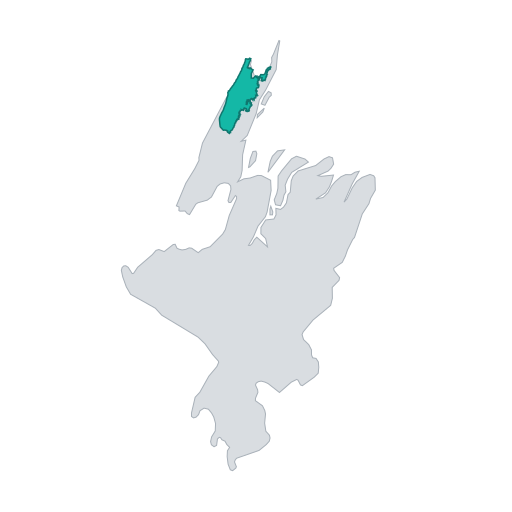 location of Bandarban, Chittagong, Bangladesh, rotated 213°
{"feature_id": "16705992B23463827258150", "entity_name": "Bandarban", "entity_type": "district", "adm_level": 2, "iso_a3": "BGD", "parent_name": "Bangladesh", "parent_adm1": "Chittagong", "projection": "equal_earth", "projection_center": [92.198, 21.77], "detail": "fine", "context": "in_parent", "style": "filled", "palette": "teal", "viewbox_px": 512, "rotation_deg": 213, "n_neighbors": 0, "source": "geoboundaries", "source_scale": "gbopen_adm2", "svg_char_len": 9567}
<svg xmlns="http://www.w3.org/2000/svg" viewBox="0 0 512 512"><g transform="rotate(213 256 256)"><path d="M189.8,361.4L189.8,349.2L183.5,325.2L183.9,322.5L182.6,311.0L181.0,304.6L180.2,297.7L184.2,288.0L182.7,286.4L174.1,283.4L173.1,280.8L175.0,271.2L168.9,262.1L166.5,255.3L173.3,233.4L175.1,218.1L174.6,215.2L170.6,211.8L163.5,210.4L158.4,207.5L155.5,203.2L153.0,201.5L149.9,202.8L146.0,201.1L142.7,196.8L140.0,191.6L141.2,186.0L146.5,172.5L148.5,172.1L153.0,174.7L154.6,174.7L157.7,169.4L162.0,154.3L176.4,155.6L179.9,155.1L183.5,153.9L185.5,152.0L186.6,149.6L186.2,147.5L181.8,144.7L180.1,142.6L179.0,136.5L177.7,134.3L169.0,133.9L164.5,131.2L162.0,128.7L157.7,120.5L152.3,114.4L147.1,113.0L145.1,111.0L144.0,107.9L144.7,103.4L147.5,94.7L162.0,76.0L162.4,74.0L161.9,71.6L157.7,68.6L157.4,67.1L158.7,63.2L161.1,62.7L166.0,66.2L170.9,72.0L173.9,77.1L173.9,81.2L177.8,82.0L181.1,83.8L184.5,83.3L186.7,84.3L188.1,83.9L188.7,81.6L185.9,75.7L187.3,73.2L190.6,73.4L193.0,75.6L194.7,80.1L194.9,87.1L198.7,93.5L203.8,98.0L207.7,100.1L212.5,101.6L216.7,100.1L218.7,95.7L217.8,91.7L218.5,88.2L220.2,86.2L222.7,86.3L224.6,89.2L230.1,104.4L228.9,111.1L230.1,129.6L228.6,141.9L229.4,146.6L230.4,147.4L238.8,149.7L251.0,154.6L260.4,156.4L302.8,155.0L312.0,157.4L340.3,155.6L348.0,159.5L356.4,165.9L361.1,170.6L362.0,173.3L361.5,175.6L359.9,176.9L357.0,176.9L350.3,173.8L349.2,174.8L349.1,182.1L343.7,200.6L342.9,206.3L341.0,208.5L335.4,209.7L331.7,220.5L330.2,221.8L326.5,219.5L324.2,219.8L321.3,220.8L318.5,223.3L316.5,226.4L314.2,227.5L306.3,227.3L304.7,232.3L299.5,238.8L295.9,256.2L296.1,261.5L300.5,275.4L303.5,293.5L304.7,295.3L306.2,295.5L306.3,287.2L307.8,286.1L309.6,287.1L313.3,298.2L315.5,301.0L318.8,301.8L322.5,300.1L325.3,296.9L326.5,293.3L325.5,281.2L327.3,276.3L333.8,268.9L334.7,266.6L334.3,254.5L336.7,254.1L340.0,255.1L344.2,252.2L345.4,252.1L347.2,255.2L350.1,254.7L354.5,278.8L354.9,295.8L355.9,305.2L357.5,307.4L362.4,321.6L367.0,371.7L367.6,403.6L369.5,414.5L367.9,416.9L366.3,417.3L364.9,413.5L354.4,405.4L351.8,406.3L348.2,411.0L346.8,415.3L347.4,421.5L348.5,427.5L351.0,431.0L351.3,434.8L354.1,449.2L353.2,449.3L347.5,436.2L340.6,423.3L338.3,400.3L338.2,388.9L333.4,375.5L329.0,352.3L330.9,344.1L327.6,347.7L322.4,333.7L314.2,320.1L311.9,314.1L311.8,308.2L308.2,314.1L303.4,318.2L298.5,324.5L295.3,326.4L285.0,327.5L279.0,319.2L270.6,298.8L269.5,294.1L270.6,282.2L268.6,270.8L268.1,260.8L266.6,261.7L266.0,264.5L266.3,268.7L265.6,272.2L251.3,269.9L257.4,275.9L264.0,277.3L267.4,282.6L267.5,291.5L261.1,296.8L261.6,301.4L265.3,306.8L260.8,308.4L259.5,312.0L259.4,317.1L262.6,325.0L262.0,328.1L267.4,338.3L268.4,343.3L267.0,350.3L255.2,364.4L251.8,374.4L248.9,379.1L245.3,380.0L240.9,375.3L240.9,370.4L241.8,366.5L247.9,357.1L244.6,358.4L235.1,366.1L233.3,359.9L232.1,354.0L232.1,346.9L236.8,336.3L231.6,341.6L230.1,348.2L230.7,356.0L230.0,361.6L227.9,368.8L225.1,373.1L220.6,375.9L218.6,380.2L215.6,383.3L214.6,368.8L211.5,349.1L210.8,353.3L212.4,365.5L212.2,373.4L209.8,379.7L204.8,386.5L201.0,387.4L198.8,386.4L191.8,376.2L191.3,366.7L189.8,361.4ZM276.4,361.7L267.7,364.0L263.2,363.3L271.6,345.6L271.4,337.7L270.1,331.3L265.9,326.1L265.7,322.4L263.8,317.4L262.8,311.5L267.5,309.6L271.3,313.0L272.6,319.7L274.5,324.7L281.0,335.1L280.9,341.4L279.1,356.9L276.4,361.7ZM295.2,355.9L289.8,360.6L291.6,332.7L295.6,343.1L296.6,348.6L295.2,355.9ZM315.5,342.0L313.2,343.9L311.0,342.2L308.3,335.7L309.7,327.4L310.5,326.2L313.9,334.7L315.5,342.0ZM335.2,400.8L332.2,401.1L330.7,399.1L331.4,396.4L330.6,387.3L334.4,386.4L335.8,394.0L335.2,400.8ZM331.9,375.5L329.6,384.5L328.7,380.5L330.3,372.6L331.9,375.5ZM269.8,302.9L270.7,305.8L265.9,302.1L264.6,299.5L266.7,298.1L269.8,302.9Z" fill="#d9dde1" stroke="#a8b0b8" stroke-width="1"/><path d="M368.6,377.6L367.7,376.6L367.2,375.6L366.7,374.2L366.4,372.6L364.8,368.4L364.1,366.0L363.6,363.1L363.1,361.5L362.8,360.0L362.7,357.4L362.0,352.9L361.7,351.7L360.9,350.4L357.8,346.5L356.5,345.0L355.9,344.7L351.9,343.7L351.0,344.5L349.0,345.4L348.2,345.4L347.6,345.3L347.5,345.0L347.7,344.6L347.2,344.4L345.1,344.3L345.1,345.2L345.0,345.3L345.4,345.3L345.4,345.2L345.5,345.9L345.4,346.1L345.4,346.5L345.3,346.4L345.2,347.7L344.7,348.4L344.8,348.8L344.7,349.7L345.0,350.3L344.9,350.7L344.9,351.5L344.7,351.9L345.0,352.6L345.3,352.8L345.1,353.0L345.1,353.8L345.3,354.1L345.4,354.6L345.6,354.7L346.0,355.4L345.9,355.7L346.0,355.9L345.6,356.6L345.9,356.9L345.9,357.7L346.2,357.8L346.3,358.2L345.8,359.0L345.9,359.4L346.2,359.4L346.1,359.7L346.3,359.7L346.5,360.1L346.3,360.6L345.7,360.9L345.6,361.3L345.3,361.4L345.2,361.1L344.9,361.5L345.0,361.7L346.0,362.0L345.9,362.3L345.6,362.6L345.6,363.0L346.0,362.9L346.0,363.2L346.6,363.4L346.5,363.8L346.2,364.1L346.2,364.4L345.9,364.7L346.1,364.8L346.4,365.1L346.3,365.4L346.5,365.3L346.7,366.0L346.9,365.7L346.9,365.9L347.4,366.0L347.6,366.4L347.9,366.4L347.9,367.1L348.4,367.1L348.6,367.3L348.5,367.6L347.9,367.7L347.9,368.4L348.3,368.7L348.3,369.1L348.5,369.4L347.5,370.3L347.4,370.8L347.6,370.9L347.1,371.0L347.0,371.3L346.8,371.5L346.6,371.4L346.5,371.6L346.5,371.3L346.1,371.2L345.8,371.3L345.8,371.5L345.9,372.2L346.1,372.2L346.1,372.7L346.4,373.3L346.5,373.3L346.5,373.7L346.2,373.9L346.0,373.6L345.3,373.9L345.1,373.8L345.0,374.0L344.6,374.0L344.3,374.3L343.8,373.9L343.7,373.5L343.4,373.4L343.4,372.9L343.6,372.7L343.8,372.3L343.7,372.1L343.2,372.3L343.1,372.7L342.7,372.9L342.6,372.7L342.5,372.9L342.2,372.7L341.8,373.0L341.6,372.8L340.8,373.8L340.8,374.2L341.3,374.3L341.4,374.7L341.6,374.8L341.6,375.1L341.8,375.2L341.8,376.0L342.0,376.9L341.9,377.2L342.0,377.5L342.3,378.4L342.1,378.9L341.8,379.0L341.7,379.4L341.8,379.5L341.6,380.0L341.8,380.5L342.3,380.5L342.6,380.7L342.9,380.6L342.9,381.1L343.2,381.7L343.3,381.5L344.0,381.5L344.0,381.4L344.2,381.2L344.3,381.1L344.8,382.0L344.9,382.5L345.2,382.7L345.7,382.5L346.1,382.9L346.1,382.5L346.5,382.2L346.5,381.8L346.8,381.7L346.9,381.9L346.9,382.6L347.3,382.7L347.3,382.4L347.1,381.5L347.1,381.1L346.8,380.8L346.8,380.5L346.7,380.2L346.8,379.7L346.6,379.2L346.3,379.1L346.2,378.4L346.3,378.4L346.2,378.1L346.8,377.9L347.0,378.5L346.9,378.9L347.0,379.2L347.1,379.9L347.3,379.8L347.4,379.5L347.6,379.4L347.8,379.9L348.0,380.0L348.0,380.8L348.2,381.6L348.4,382.1L348.0,382.3L347.8,382.2L347.7,382.1L347.4,382.9L347.2,382.9L346.8,382.6L346.8,381.9L346.6,381.9L346.6,382.3L346.2,382.6L346.1,383.0L345.8,383.2L345.8,383.7L345.6,384.6L345.6,384.8L345.7,385.1L345.8,385.0L345.9,385.3L345.7,385.6L345.1,385.5L344.8,385.7L344.7,385.4L343.6,385.1L343.9,385.7L343.4,385.6L343.3,385.8L343.5,386.1L343.7,386.7L343.6,386.8L343.1,386.6L343.5,387.1L343.5,387.5L343.2,387.4L343.0,387.6L342.9,387.8L343.0,388.1L342.9,388.3L342.7,388.2L342.4,388.6L342.7,389.0L342.8,388.9L342.9,389.5L343.1,389.7L343.1,389.9L343.4,390.2L343.2,390.2L343.2,390.5L342.9,390.7L343.4,390.8L343.5,391.2L342.7,391.7L343.1,391.8L343.4,392.3L344.0,392.5L344.2,392.9L344.8,393.4L345.0,394.1L344.9,394.6L345.1,394.6L345.2,394.9L345.8,394.6L345.9,394.2L346.2,394.3L346.5,394.6L346.4,395.2L346.2,395.4L346.4,395.5L346.6,395.9L346.7,396.5L347.0,396.8L346.7,397.7L346.1,398.1L345.9,398.5L345.7,398.6L345.8,399.1L346.1,399.9L346.3,400.1L346.3,400.4L346.6,400.9L346.9,400.6L346.9,400.9L347.1,401.3L347.1,400.7L347.4,400.6L347.5,400.4L347.9,400.4L347.9,401.2L348.2,401.0L348.7,401.1L348.6,401.5L349.0,401.7L348.9,402.5L349.0,402.5L349.2,402.8L349.3,402.6L349.4,402.8L349.7,403.0L349.8,403.2L349.7,403.5L349.8,404.0L349.7,404.3L349.9,404.6L349.6,404.5L349.6,404.9L349.3,405.0L349.5,405.4L349.5,406.1L349.9,406.4L349.7,407.2L350.2,407.6L350.1,408.0L349.6,408.3L348.8,408.1L348.5,408.5L347.9,408.8L347.7,408.3L347.7,407.9L347.6,407.7L347.2,406.3L346.9,406.5L346.7,406.0L346.2,406.1L345.6,406.4L345.6,406.9L345.5,407.0L345.6,407.3L345.1,407.7L345.0,408.1L344.8,408.2L344.6,407.9L344.1,408.1L344.2,408.3L344.3,409.4L344.8,410.4L344.9,411.6L345.0,411.5L345.3,411.9L345.4,413.1L345.4,413.4L345.5,413.3L345.6,413.5L345.7,414.0L345.8,414.1L346.2,414.9L346.3,415.0L346.4,415.6L346.7,415.9L346.6,416.1L346.8,416.5L346.8,416.8L347.3,416.8L347.4,417.1L347.3,417.6L346.9,418.1L347.0,418.2L346.7,418.9L346.8,419.3L346.3,419.7L346.3,420.0L346.1,420.2L346.2,420.4L346.1,420.5L346.3,420.6L346.2,420.9L346.3,421.2L346.3,421.6L346.5,421.7L346.4,422.3L346.5,422.6L346.8,422.6L347.0,422.1L347.9,421.2L348.1,420.7L348.3,420.0L348.5,419.9L348.7,419.5L348.3,418.4L348.8,417.7L347.7,413.5L348.4,412.2L350.8,410.7L350.6,408.8L351.3,408.1L351.3,406.2L352.4,406.1L352.7,406.8L352.9,406.5L353.3,406.9L353.6,406.7L354.3,406.8L354.3,406.3L354.1,406.5L354.2,406.0L354.5,405.9L354.7,405.7L355.0,403.6L356.9,402.7L359.3,406.5L359.8,410.5L360.9,410.2L362.9,410.7L363.5,410.6L363.3,409.7L364.6,409.4L364.6,409.6L365.0,409.7L365.3,409.5L365.6,409.2L365.8,409.2L366.1,410.0L366.0,410.6L366.2,411.1L366.3,412.0L366.6,412.6L366.5,413.2L366.7,413.6L367.1,414.9L367.2,415.7L367.1,416.1L367.2,416.8L367.5,417.3L367.7,418.6L368.6,418.5L368.7,418.4L368.7,418.2L369.1,418.2L369.0,417.8L369.4,417.4L369.4,417.0L369.6,416.9L369.6,417.1L370.0,416.6L370.4,416.5L370.6,416.5L372.0,415.8L371.9,415.0L371.1,413.5L370.8,411.7L370.5,410.9L370.4,409.7L370.5,409.1L370.1,408.1L369.9,406.8L370.0,406.2L369.9,406.1L369.9,405.6L369.7,405.6L369.5,405.0L369.5,404.6L369.1,403.0L369.3,402.6L369.3,402.2L368.9,400.3L368.9,399.2L368.7,398.2L368.7,396.6L368.4,395.7L368.3,394.1L368.5,393.1L368.0,390.9L368.3,389.1L368.2,388.5L368.0,387.7L368.1,386.4L368.3,385.8L368.2,385.0L368.3,384.7L368.3,384.1L368.5,382.4L368.4,381.6L368.4,380.0L369.0,379.4L368.9,379.2L368.7,379.0L368.6,377.6Z" fill="#14b8a6" stroke="#0f766e" stroke-width="1.5"/></g></svg>